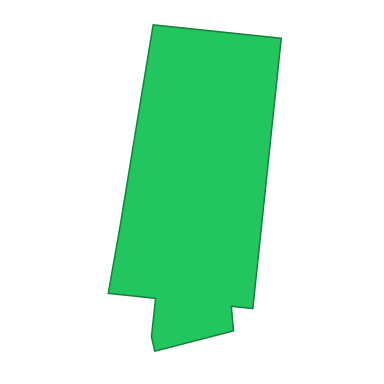 the district of Roxby Downs, South Australia, Australia, rotated 186°
{"feature_id": "25037944B85106510810268", "entity_name": "Roxby Downs", "entity_type": "district", "adm_level": 2, "iso_a3": "AUS", "parent_name": "Australia", "parent_adm1": "South Australia", "projection": "natural_earth1", "projection_center": [136.886, -30.549], "detail": "fine", "context": "isolated", "style": "filled", "palette": "green", "viewbox_px": 384, "rotation_deg": 186, "n_neighbors": 0, "source": "geoboundaries", "source_scale": "gbopen_adm2", "svg_char_len": 364}
<svg xmlns="http://www.w3.org/2000/svg" viewBox="0 0 384 384"><g transform="rotate(186 192 192)"><path d="M264.7,82.4L217.1,82.4L217.2,43.8L212.4,29.8L194.6,36.4L179.4,42.1L136.1,58.3L138.4,69.5L140.9,82.4L119.3,82.4L119.3,234.5L119.3,354.2L248.1,354.2L253.2,267.9L257.9,185.9L259.7,154.1L264.7,82.4Z" fill="#22c55e" stroke="#15803d" stroke-width="1.5"/></g></svg>